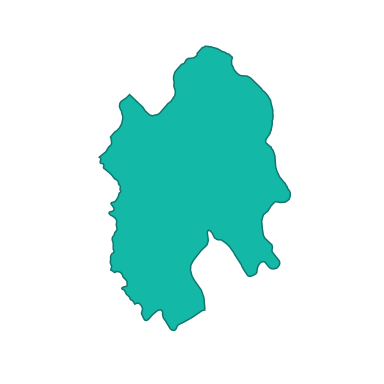 the district of Tajumulco, San Marcos, Guatemala, rotated 314°
{"feature_id": "79465075B52566348974333", "entity_name": "Tajumulco", "entity_type": "district", "adm_level": 2, "iso_a3": "GTM", "parent_name": "Guatemala", "parent_adm1": "San Marcos", "projection": "robinson", "projection_center": [-92.003, 15.058], "detail": "fine", "context": "isolated", "style": "filled", "palette": "teal", "viewbox_px": 384, "rotation_deg": 314, "n_neighbors": 0, "source": "geoboundaries", "source_scale": "gbopen_adm2", "svg_char_len": 5207}
<svg xmlns="http://www.w3.org/2000/svg" viewBox="0 0 384 384"><g transform="rotate(314 192 192)"><path d="M152.6,101.1L152.8,102.5L152.5,103.6L151.5,104.1L150.4,104.6L149.8,105.0L149.2,106.0L149.7,107.1L150.1,107.7L150.5,108.4L150.4,109.1L150.2,109.9L149.7,110.3L148.8,110.8L148.1,111.2L147.8,111.8L147.8,112.7L148.1,113.9L148.1,115.3L148.4,118.7L148.5,121.9L148.2,124.2L147.7,127.1L148.5,130.1L148.3,131.0L147.9,132.0L147.6,132.8L146.8,133.5L146.5,134.7L146.5,135.4L146.4,136.3L146.0,136.9L145.3,137.3L144.5,137.9L143.7,138.6L143.2,139.9L142.8,140.4L142.1,140.7L141.1,140.4L140.2,140.6L139.4,141.1L138.3,141.7L137.2,142.2L135.5,142.7L134.2,143.0L133.3,143.1L132.4,143.2L131.8,143.2L130.8,142.8L129.4,142.1L128.5,141.5L127.5,141.6L127.2,142.3L126.9,143.6L126.7,144.9L126.5,145.8L126.3,146.6L126.1,147.3L125.5,148.0L124.4,148.4L123.5,148.4L122.7,148.0L121.8,147.5L121.0,146.9L120.0,146.6L119.3,146.8L118.9,147.4L118.8,148.4L118.9,149.8L119.3,151.0L119.5,152.0L119.8,153.7L119.8,154.7L119.6,156.0L119.5,156.6L119.0,157.7L118.5,158.3L118.0,158.7L117.4,159.2L116.6,159.7L115.8,160.2L114.3,162.5L113.7,163.3L113.3,163.8L112.3,164.3L111.4,164.5L109.9,164.6L109.0,164.7L108.3,165.1L107.3,165.8L106.1,166.0L105.5,166.0L104.7,166.2L103.8,166.4L102.6,167.4L102.0,168.0L101.6,168.7L101.3,169.5L100.8,170.4L100.2,171.1L96.6,174.6L96.1,175.1L95.7,175.9L95.1,177.2L94.6,177.6L94.0,177.7L93.1,177.5L92.1,177.3L91.3,177.4L90.5,177.6L89.8,177.9L88.8,178.4L88.4,178.8L87.9,179.3L87.2,180.2L86.3,180.8L85.7,181.2L85.1,181.7L84.6,182.2L84.0,183.0L83.6,183.9L83.3,184.6L83.1,185.3L82.7,185.9L81.8,186.5L81.0,186.9L80.0,187.3L79.4,187.9L79.8,189.0L80.1,189.7L80.1,191.2L80.2,192.1L80.9,192.6L81.7,192.8L82.5,193.0L83.2,194.0L83.6,194.6L84.0,195.1L84.4,196.4L84.4,197.8L84.3,198.6L84.0,199.5L83.7,200.1L83.1,201.1L83.0,201.8L82.9,203.1L82.9,204.0L82.8,206.1L82.5,207.3L81.7,208.1L81.0,209.0L80.3,209.8L79.8,210.2L79.1,210.4L78.4,210.1L77.0,209.3L75.5,208.5L74.9,208.2L73.9,208.4L73.6,209.2L74.1,210.1L74.2,211.2L74.1,212.4L74.0,213.3L73.6,213.9L73.3,214.5L72.9,215.9L73.0,219.0L72.9,220.0L72.7,220.9L72.1,221.6L71.9,222.6L72.1,223.3L72.5,224.4L72.4,225.8L72.3,226.5L72.1,227.2L71.6,228.8L73.3,229.4L74.5,230.2L75.0,231.2L75.2,232.4L75.0,234.5L74.4,236.3L73.7,237.3L73.2,237.9L71.8,238.7L70.7,239.3L69.9,239.7L69.1,240.7L68.6,242.4L68.1,243.3L67.5,245.2L67.2,246.0L67.1,247.0L67.6,248.2L68.4,248.7L69.4,249.0L70.6,249.1L72.9,249.0L74.6,248.9L76.4,248.9L79.7,249.2L82.1,249.5L83.5,249.9L84.5,250.5L85.3,251.1L85.6,251.6L85.7,253.1L85.1,254.3L84.2,255.3L83.4,255.9L81.9,258.2L81.4,259.3L81.2,260.3L80.8,263.2L79.8,266.4L79.6,267.6L79.2,268.7L79.0,269.7L78.7,270.7L78.6,271.8L78.6,272.9L78.9,273.7L79.2,274.3L79.6,274.9L80.2,275.4L81.0,275.6L82.2,275.7L83.0,275.5L83.6,275.2L85.0,274.6L85.9,274.4L87.4,274.6L89.1,275.0L90.1,275.5L91.3,276.0L92.5,276.4L101.8,279.2L113.8,281.7L116.0,283.2L117.5,281.7L124.1,274.2L125.8,270.9L127.9,266.7L130.1,255.0L131.6,250.3L134.8,245.1L138.7,241.9L144.0,240.5L156.4,239.2L163.4,239.6L165.0,239.3L168.5,237.4L173.8,230.7L175.7,230.4L176.6,231.2L176.6,234.8L174.7,239.9L175.2,242.9L176.0,244.3L177.9,246.3L178.8,252.4L178.8,256.7L177.4,264.3L176.6,266.5L175.0,273.5L173.9,278.1L173.0,280.1L172.1,283.1L170.6,289.9L170.8,291.1L171.4,292.2L172.6,293.0L175.2,294.2L177.9,294.8L179.3,294.4L181.5,292.7L184.2,291.1L186.6,290.5L188.7,290.3L189.5,290.4L190.2,290.8L190.9,291.3L191.8,292.0L192.2,293.5L191.5,299.3L191.5,301.0L192.0,302.4L193.0,303.7L194.3,304.8L196.0,305.8L197.9,305.9L199.9,305.6L201.2,305.0L202.3,304.0L203.1,302.6L204.6,291.4L205.2,290.4L206.5,289.4L208.2,288.3L209.5,286.1L209.4,281.9L209.4,276.5L210.4,273.5L213.9,268.8L215.8,266.6L219.5,262.3L220.5,261.8L221.2,261.3L225.1,259.2L231.1,259.8L237.1,258.5L242.9,258.5L245.9,263.0L249.7,266.2L254.0,267.0L257.1,265.6L259.3,263.7L260.5,261.5L261.0,258.2L261.8,257.1L262.1,255.1L263.0,252.7L262.8,250.0L263.2,249.4L263.7,244.6L265.9,238.7L268.3,234.6L275.6,226.5L277.3,223.2L278.3,221.2L278.5,219.0L279.3,217.4L278.9,216.9L278.9,214.3L278.7,211.1L279.3,210.0L281.2,208.7L288.9,207.3L290.1,206.3L290.9,206.3L296.4,202.7L299.3,199.9L300.0,199.9L303.5,197.1L304.5,195.7L307.2,193.0L311.7,185.8L312.5,184.9L314.0,179.2L314.4,175.2L314.1,171.7L314.6,170.1L314.7,154.7L313.7,151.1L309.9,146.8L309.0,144.4L308.7,141.6L309.2,137.2L309.8,136.0L310.5,134.5L311.2,132.2L311.9,131.4L314.0,129.1L315.7,128.3L316.9,127.5L316.8,122.6L315.9,121.3L315.2,118.1L313.9,116.1L313.9,115.0L312.7,110.6L310.2,106.0L309.6,104.6L308.3,103.6L308.2,102.8L306.0,100.2L303.8,99.8L303.1,99.1L295.2,99.4L294.6,100.3L293.2,100.7L291.0,100.4L289.0,99.6L286.2,97.2L285.2,96.3L283.0,96.0L278.9,97.1L277.3,96.1L275.8,95.8L271.0,96.0L266.3,96.4L262.2,98.6L260.1,100.6L258.8,102.6L255.3,105.7L253.2,109.7L252.5,110.5L249.5,112.6L242.8,113.9L238.7,113.3L226.3,114.0L224.0,113.5L222.0,112.2L219.3,110.5L217.9,107.8L217.9,101.3L218.8,98.1L218.7,79.4L214.5,79.4L207.9,78.1L205.5,78.6L203.1,80.4L202.0,82.5L201.0,85.4L200.3,86.2L198.4,89.4L197.7,90.3L197.2,90.8L192.7,93.8L187.8,95.3L183.6,95.3L181.5,94.7L177.2,95.0L174.8,95.2L174.6,96.1L173.4,97.7L171.9,99.7L169.8,101.1L166.6,100.8L161.0,102.1L154.1,101.2L152.6,101.1Z" fill="#14b8a6" stroke="#0f766e" stroke-width="1.5"/></g></svg>